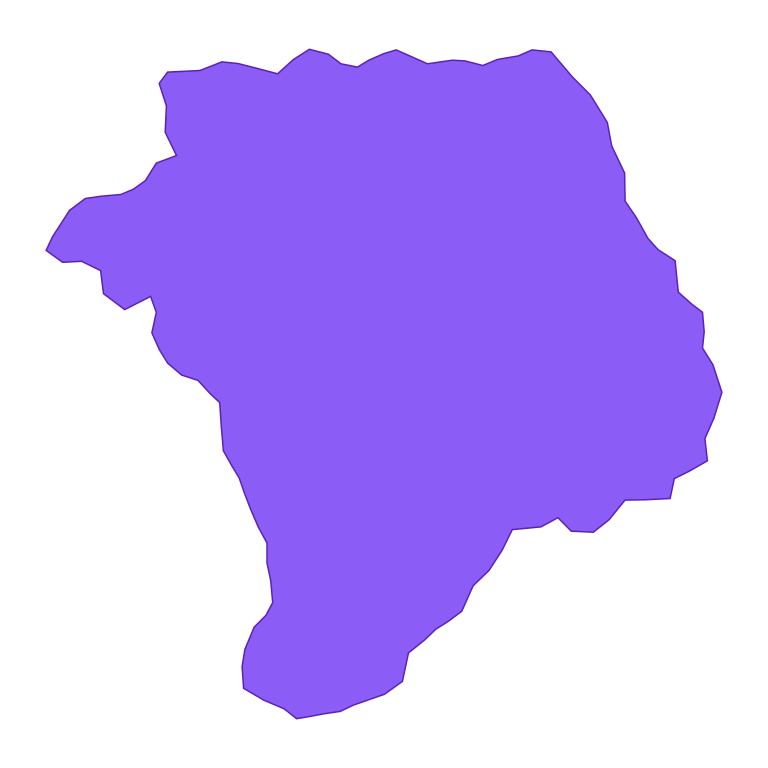 Itobi, São Paulo, Brazil (Equal Earth projection)
{"feature_id": "56859067B58801249909217", "entity_name": "Itobi", "entity_type": "district", "adm_level": 2, "iso_a3": "BRA", "parent_name": "Brazil", "parent_adm1": "São Paulo", "projection": "equal_earth", "projection_center": [-46.929, -21.758], "detail": "fine", "context": "isolated", "style": "filled", "palette": "violet", "viewbox_px": 768, "rotation_deg": 0, "n_neighbors": 0, "source": "geoboundaries", "source_scale": "gbopen_adm2", "svg_char_len": 1491}
<svg xmlns="http://www.w3.org/2000/svg" viewBox="0 0 768 768"><path d="M243.6,688.3L263.8,700.2L284.1,708.8L296.6,718.7L310.2,716.4L324.0,713.8L340.3,711.4L353.1,705.2L384.6,694.2L402.4,681.4L408.5,652.9L424.6,640.0L435.9,629.1L448.5,621.2L461.8,611.2L473.1,585.8L489.2,570.2L502.2,550.1L512.3,529.6L540.9,526.9L557.9,517.7L571.3,531.2L593.4,532.2L609.2,519.6L625.0,500.1L644.7,499.8L670.1,498.5L674.3,478.6L689.6,471.0L707.4,460.8L704.9,438.6L713.8,418.4L721.9,392.3L713.0,364.9L702.5,348.0L704.2,331.8L702.5,312.3L691.6,304.0L678.3,292.1L675.1,260.7L658.1,249.7L648.0,238.5L636.6,218.0L625.1,201.1L624.6,173.0L611.7,145.9L607.3,122.4L590.3,94.9L572.5,77.1L551.1,51.9L532.1,49.9L518.3,55.9L497.3,59.5L482.8,65.5L465.0,60.9L452.4,60.2L440.4,61.9L427.5,63.8L412.0,56.9L396.2,49.9L383.9,53.6L368.8,60.2L357.5,67.1L341.0,63.8L328.4,54.2L309.4,49.3L293.4,59.5L277.6,73.8L257.6,68.5L237.9,63.5L221.9,61.9L199.9,70.5L167.6,72.1L159.2,83.4L166.4,105.9L165.2,132.3L176.5,155.5L156.3,163.1L145.4,180.6L133.4,189.2L120.8,194.5L101.3,196.2L85.3,198.5L69.5,210.4L52.5,236.8L46.1,250.4L62.6,262.3L81.6,261.3L100.6,270.6L103.5,293.7L124.7,309.6L150.6,296.4L156.3,312.3L151.9,332.8L159.3,349.6L167.7,363.2L181.7,375.1L198.0,380.4L210.1,393.6L219.7,402.6L221.4,427.7L223.4,450.8L232.0,466.1L239.2,478.0L244.1,492.2L250.0,507.7L258.2,526.9L267.0,543.1L267.0,563.0L270.7,580.5L272.7,602.6L265.8,615.5L254.2,627.1L244.9,649.3L242.1,666.5L243.6,688.3Z" fill="#8b5cf6" stroke="#5b21b6" stroke-width="1.5"/></svg>